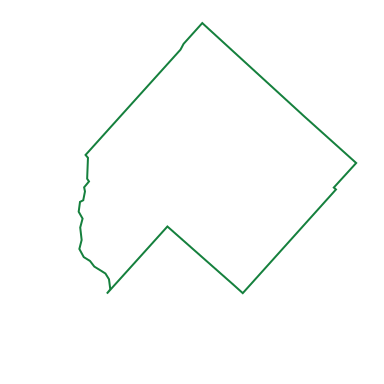 Woodward, Oklahoma, United States of America (Natural Earth projection), rotated 222°
{"feature_id": "52423323B19175534214846", "entity_name": "Woodward", "entity_type": "district", "adm_level": 2, "iso_a3": "USA", "parent_name": "United States of America", "parent_adm1": "Oklahoma", "projection": "natural_earth1", "projection_center": [-99.212, 36.491], "detail": "fine", "context": "isolated", "style": "outline", "palette": "green", "viewbox_px": 384, "rotation_deg": 222, "n_neighbors": 0, "source": "geoboundaries", "source_scale": "gbopen_adm2", "svg_char_len": 544}
<svg xmlns="http://www.w3.org/2000/svg" viewBox="0 0 384 384"><g transform="rotate(222 192 192)"><path d="M86.6,150.8L86.6,161.8L86.7,290.2L89.6,290.2L89.4,323.4L159.0,323.3L297.4,324.4L297.4,296.5L295.8,290.1L295.9,185.4L295.9,148.3L292.2,147.8L278.8,131.7L275.6,130.9L275.3,123.3L271.9,120.8L267.3,113.1L268.6,109.7L263.0,101.5L255.5,99.0L251.3,90.8L241.9,82.5L237.6,74.3L228.9,71.2L221.6,72.5L214.7,71.2L201.8,73.5L195.3,71.6L187.6,65.0L187.3,59.6L187.2,149.9L98.3,150.8L86.6,150.8Z" fill="none" stroke="#15803d" stroke-width="2"/></g></svg>